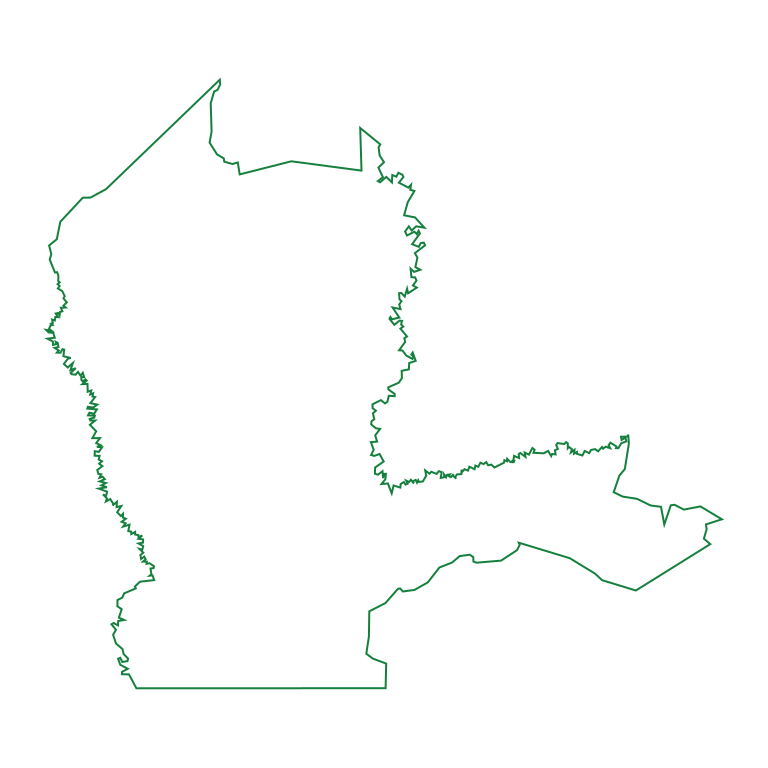 El Paso, Cesar, Colombia (Mercator projection)
{"feature_id": "7082276B67195884922096", "entity_name": "El Paso", "entity_type": "district", "adm_level": 2, "iso_a3": "COL", "parent_name": "Colombia", "parent_adm1": "Cesar", "projection": "mercator", "projection_center": [-73.703, 9.704], "detail": "fine", "context": "isolated", "style": "outline", "palette": "green", "viewbox_px": 768, "rotation_deg": 0, "n_neighbors": 0, "source": "geoboundaries", "source_scale": "gbopen_adm2", "svg_char_len": 6011}
<svg xmlns="http://www.w3.org/2000/svg" viewBox="0 0 768 768"><path d="M408.1,293.3L416.8,287.6L412.9,285.4L416.5,280.6L415.1,277.4L411.4,277.2L410.6,268.6L414.1,271.9L420.3,269.8L415.4,267.1L417.4,257.6L414.9,253.1L425.1,245.3L423.8,242.6L420.7,243.1L418.8,246.9L412.1,244.2L419.9,233.5L418.6,230.8L416.8,234.1L414.4,231.7L407.0,235.5L405.1,231.5L408.8,226.4L411.7,230.5L416.2,226.3L424.4,227.7L415.0,217.4L404.1,215.3L407.7,202.3L414.4,191.0L410.3,189.8L411.0,184.8L408.4,187.6L398.9,182.7L403.4,177.0L402.3,174.6L398.3,172.8L396.4,176.7L392.3,175.0L391.9,182.4L386.3,176.9L380.1,182.3L377.9,181.1L382.9,177.1L378.4,167.6L384.0,162.2L379.7,155.6L378.6,147.3L380.3,144.4L360.2,128.0L361.5,170.6L291.3,161.3L239.7,174.4L237.8,162.5L232.4,164.0L224.3,161.7L223.8,158.4L217.1,154.5L209.6,142.6L211.6,131.5L210.7,103.3L214.1,91.6L217.6,89.8L220.2,84.4L219.8,79.7L106.1,189.1L90.5,197.6L82.8,197.7L60.3,221.8L56.8,239.2L49.1,245.5L51.3,254.2L49.7,259.6L55.0,272.5L57.1,272.2L58.4,275.7L58.2,281.0L59.7,282.3L57.6,284.1L59.6,285.9L57.9,288.5L62.2,291.0L64.7,296.1L63.5,298.4L66.8,302.4L63.5,305.6L65.7,307.5L60.9,307.8L62.4,311.3L60.0,311.9L59.6,315.3L58.1,313.0L55.7,313.5L58.2,317.2L55.4,317.0L54.8,320.5L52.1,319.6L52.8,323.0L51.1,323.6L52.6,325.0L50.6,325.3L49.0,328.8L51.5,330.8L46.1,329.9L48.6,332.4L53.2,332.9L54.8,337.7L47.5,338.7L52.9,341.5L53.0,344.9L56.2,344.1L55.7,341.8L57.7,342.9L58.5,347.0L54.7,347.9L58.7,350.5L56.9,352.6L60.5,352.7L62.5,349.2L64.2,349.6L63.4,356.2L70.8,358.0L68.0,358.6L63.9,363.9L67.7,367.5L72.9,363.0L70.5,370.1L75.8,368.2L70.6,373.0L71.7,374.2L75.6,374.7L78.0,371.9L80.6,375.8L82.8,372.8L84.1,377.0L81.4,377.2L81.3,379.7L82.7,381.4L85.4,379.3L86.7,380.6L82.4,384.1L87.5,383.9L87.7,391.7L91.3,390.5L90.3,394.5L93.1,393.3L92.5,396.5L95.1,397.0L90.4,403.1L97.3,404.6L93.3,407.5L87.9,406.8L87.3,408.6L96.9,409.4L94.1,413.8L89.4,412.7L88.0,415.4L94.8,415.7L94.3,417.6L89.7,418.9L90.4,420.5L95.2,420.5L89.9,424.8L96.2,431.3L92.4,438.1L100.0,438.1L96.2,443.1L100.7,445.2L96.9,446.9L102.1,447.2L98.8,451.9L94.8,451.2L94.6,455.7L99.6,455.9L98.7,459.5L102.0,461.3L99.1,463.7L102.4,466.1L97.3,470.0L98.3,473.8L101.2,474.3L99.5,477.8L102.6,476.7L104.8,479.2L99.7,481.4L105.9,483.0L101.4,485.4L106.9,487.2L98.7,488.6L107.1,491.7L106.1,495.8L103.0,494.5L107.0,498.4L105.9,501.5L110.3,499.1L113.4,504.0L112.6,505.5L116.9,501.8L116.6,507.1L121.3,506.0L117.2,512.3L120.9,516.0L123.0,513.8L123.0,517.6L125.8,518.7L121.6,521.8L125.6,523.3L123.1,526.6L129.5,524.7L128.3,531.1L131.2,531.6L131.3,534.1L135.1,531.9L135.1,534.5L138.3,535.1L138.5,537.0L142.3,535.5L138.5,538.8L143.1,539.4L143.0,542.6L138.5,543.5L143.2,546.0L142.3,549.6L139.5,548.9L143.3,552.7L140.4,555.0L141.1,559.0L144.2,556.6L145.6,559.3L143.0,561.6L146.8,561.6L146.6,563.8L149.4,563.2L154.0,566.2L153.6,568.1L150.5,568.5L151.4,574.2L149.7,575.7L152.5,575.4L154.2,580.1L140.0,581.7L134.9,586.5L135.8,588.4L124.1,593.4L122.3,597.7L117.5,600.0L117.4,606.3L121.7,609.2L118.9,617.7L124.2,620.0L118.2,621.0L118.0,625.4L113.6,623.0L111.5,624.3L116.0,629.8L113.1,634.8L116.0,643.5L122.5,649.1L123.6,654.0L128.1,658.6L127.4,661.1L122.3,662.0L120.2,657.8L118.1,658.8L120.3,664.8L127.8,668.8L122.1,671.8L121.9,674.2L129.0,674.4L136.4,688.3L385.6,688.2L386.2,663.6L372.9,658.6L366.3,653.7L368.9,636.7L369.3,611.3L385.4,603.1L398.0,588.8L400.2,588.5L402.9,591.5L414.5,589.9L427.8,582.4L439.4,567.5L452.1,562.5L459.7,556.1L469.7,554.7L473.3,557.1L473.4,561.5L476.4,562.7L501.1,560.6L517.1,550.1L519.7,544.9L518.8,542.7L569.8,558.2L595.0,573.6L602.1,580.2L635.9,590.5L710.3,544.1L703.9,538.7L706.6,529.3L706.0,524.4L721.9,519.3L700.4,506.4L683.9,509.6L674.6,504.8L670.8,505.3L664.3,524.5L661.0,506.8L650.7,505.5L637.0,498.8L622.7,496.6L613.7,492.2L619.4,475.6L624.8,469.1L628.9,443.5L628.2,434.6L627.6,436.6L621.0,436.7L621.6,440.0L625.4,437.6L626.4,441.4L621.3,443.2L618.4,448.1L616.0,448.1L616.5,446.5L610.4,442.7L608.6,445.3L610.2,448.2L605.6,446.7L603.1,448.7L602.0,447.0L598.1,451.3L595.1,449.1L591.0,450.0L589.2,453.1L584.7,451.0L582.4,455.5L576.9,453.8L576.9,452.0L574.1,453.7L574.5,449.8L570.9,452.5L571.9,449.2L568.9,446.9L567.8,448.2L567.8,443.4L566.1,442.1L564.3,444.0L557.6,443.1L556.2,445.0L557.9,448.9L554.9,450.3L555.6,454.4L552.1,454.0L551.2,456.1L548.1,450.9L543.8,453.3L533.5,452.8L534.6,449.8L532.4,448.0L528.9,454.6L524.7,452.5L525.5,456.9L520.3,453.0L518.7,454.2L519.1,458.0L514.0,455.9L513.5,460.1L511.7,460.9L514.2,460.9L513.7,462.2L510.5,462.1L507.2,458.9L507.0,461.3L504.4,460.2L504.0,462.7L494.4,467.5L491.3,464.6L488.2,465.3L486.2,462.1L483.6,464.1L480.4,462.7L478.3,466.8L475.4,465.6L474.6,469.2L469.4,466.7L468.0,470.6L464.5,469.2L462.2,471.9L461.6,469.7L461.4,474.1L457.0,474.4L454.8,477.3L456.3,478.7L452.8,475.6L453.5,474.1L450.9,477.2L448.8,476.1L449.9,474.4L446.8,475.0L446.0,477.2L444.1,474.4L444.2,477.2L440.7,477.9L441.7,472.2L438.8,471.2L436.6,473.9L431.3,471.8L429.5,473.7L425.2,470.4L426.2,475.7L422.8,481.5L418.8,481.9L418.2,480.3L417.0,482.7L415.7,479.9L412.9,481.2L413.8,483.5L410.9,479.7L409.1,482.0L406.2,480.6L407.7,483.7L405.5,484.6L403.9,482.0L400.7,484.0L400.3,487.6L393.6,485.5L391.7,493.3L387.9,483.5L381.5,484.0L385.4,479.2L385.9,473.9L384.3,473.9L383.1,478.1L382.5,471.2L377.9,474.7L374.9,473.7L375.1,467.5L383.7,461.5L379.6,454.0L374.2,455.9L371.1,455.0L373.7,449.7L370.9,442.1L377.1,441.6L375.2,435.3L380.1,428.9L375.9,428.3L371.2,424.4L371.5,421.3L374.3,419.2L372.9,413.3L375.9,410.7L372.6,408.2L372.5,404.3L380.9,400.1L385.0,403.4L387.4,401.8L388.8,395.8L394.7,396.2L394.7,394.0L388.4,389.4L388.3,387.3L398.8,382.7L401.9,378.1L401.7,370.8L408.8,369.4L409.2,363.0L415.7,360.9L412.7,352.5L411.3,354.6L413.5,356.7L412.5,358.9L406.2,355.5L402.5,350.5L399.1,350.3L405.2,341.9L404.3,338.2L407.0,336.5L400.4,328.6L403.3,326.6L401.1,324.5L402.0,320.9L399.6,320.6L394.3,324.8L389.5,318.9L390.4,317.0L392.0,319.3L399.3,317.6L392.6,307.5L400.5,309.1L399.2,304.5L401.5,301.2L399.5,299.3L399.1,293.2L401.4,293.0L404.7,296.6L407.1,288.7L408.1,293.3Z" fill="none" stroke="#15803d" stroke-width="2"/></svg>